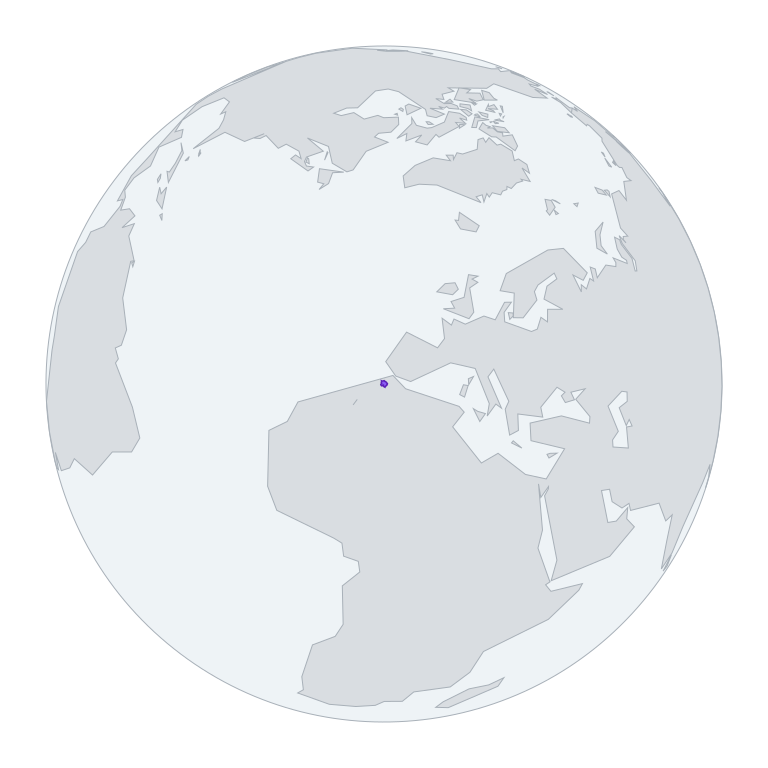 Rabat - Salé - Zemmour - Zaer on an orthographic globe, rotated 37°
{"feature_id": "MAR-1451", "entity_name": "Rabat - Salé - Zemmour - Zaer", "entity_type": "Region", "adm_level": 1, "iso_a3": "MAR", "parent_name": "Morocco", "parent_adm1": "", "projection": "orthographic", "projection_center": [-6.34, 33.685], "detail": "fine", "context": "on_globe", "style": "filled", "palette": "violet", "viewbox_px": 768, "rotation_deg": 37, "n_neighbors": 0, "source": "natural_earth", "source_scale": "10m", "svg_char_len": 10711}
<svg xmlns="http://www.w3.org/2000/svg" viewBox="0 0 768 768"><g transform="rotate(37 384 384)"><circle cx="384" cy="384" r="338" fill="#eef3f6" stroke="#a8b0b8"/><path d="M124.9,601.0L98.6,556.9L91.4,543.2L77.4,518.1L59.6,462.6L60.5,450.4L58.3,439.0L65.6,426.7L66.3,401.1L64.4,393.8L60.9,398.2L56.9,369.7L59.1,347.4L65.7,273.6L70.4,260.1L76.9,246.1L111.5,185.5L81.4,234.3L88.7,219.9L100.7,200.0L101.5,199.2L119.5,174.5L130.5,160.9L156.6,134.9L185.7,115.1L177.7,121.6L185.6,116.9L196.2,108.9L201.2,104.9L242.9,84.6L280.0,67.7L285.6,63.5L289.2,64.3L295.5,58.3L311.7,53.9L297.2,58.4L298.6,58.8L311.5,55.0L315.7,54.8L324.4,53.1L328.3,53.4L319.5,57.0L321.9,57.6L330.9,55.0L340.4,54.4L326.9,57.9L342.2,57.5L330.4,65.6L291.0,78.2L288.1,86.0L257.1,108.8L263.6,108.1L256.0,117.6L260.6,120.7L253.6,124.9L263.4,123.8L268.9,119.5L275.1,117.8L278.3,119.5L269.9,124.8L267.0,124.7L266.2,127.3L260.6,129.4L265.3,129.3L254.7,136.1L269.8,132.1L265.3,139.9L257.0,143.8L251.9,139.7L219.8,141.7L209.8,145.9L200.8,155.1L196.7,179.3L188.1,186.1L180.9,198.0L188.3,195.4L196.6,185.4L208.7,184.4L217.4,173.2L223.5,171.5L234.9,162.2L239.6,167.9L238.0,178.7L228.8,187.0L227.8,192.4L241.8,188.5L229.7,208.9L230.5,231.6L226.7,236.9L209.8,238.8L196.7,227.7L174.8,233.6L195.4,234.6L185.5,249.4L186.6,254.2L190.9,256.6L197.2,253.1L195.1,259.6L174.0,260.2L175.5,254.3L182.2,253.9L175.9,249.2L161.6,251.3L157.7,259.4L140.3,256.5L137.2,262.6L131.8,266.0L137.7,256.2L126.7,274.2L105.5,278.7L90.0,310.9L98.3,279.2L96.9,269.6L93.8,261.8L91.1,266.7L90.8,251.7L84.0,251.7L71.8,272.0L64.2,294.6L65.4,308.3L70.3,301.7L73.8,308.9L61.7,330.3L66.3,350.4L60.3,369.8L60.3,385.2L65.0,390.4L69.1,403.6L75.3,397.2L83.9,399.6L80.7,416.8L88.1,406.2L91.1,419.4L110.2,435.9L107.9,438.5L123.5,472.5L145.8,495.6L150.9,511.1L147.7,516.9L156.7,523.8L156.9,528.8L197.0,553.9L221.5,574.1L223.3,590.2L207.9,601.8L206.0,632.1L181.6,630.0L183.5,640.1L178.5,647.4L162.7,636.4L175.6,648.3L173.7,648.1L165.8,642.0L168.5,644.3L145.7,623.6L124.9,601.0ZM84.8,320.4L90.5,352.8L82.7,344.7L85.0,343.9L84.5,333.2L82.1,319.2L76.6,313.4L84.8,320.4ZM97.4,311.4L96.1,307.2L98.0,310.1L97.4,311.4ZM202.8,103.3L196.0,108.9L184.8,116.7L190.0,111.9L202.8,103.3ZM224.6,90.6L222.6,92.5L213.9,96.2L217.8,93.9L224.6,90.6ZM288.6,61.2L282.2,63.5L286.9,61.5L288.6,61.2ZM324.9,52.9L325.4,52.5L329.7,51.9L324.9,52.9ZM231.6,159.9L233.1,161.1L230.2,162.1L231.6,159.9ZM235.0,155.0L230.4,155.5L231.3,153.2L234.1,153.0L235.0,155.0ZM339.6,52.0L346.3,51.6L338.0,52.6L339.6,52.0ZM240.4,155.1L233.6,149.3L235.3,145.5L247.5,141.6L240.4,155.1ZM349.3,51.8L365.8,51.7L368.2,50.4L370.6,54.7L355.8,52.9L345.1,54.0L350.5,52.6L349.3,51.8ZM269.3,117.4L263.5,122.1L265.3,116.8L269.3,117.4ZM268.9,114.6L265.7,102.3L275.9,96.8L274.9,101.7L285.6,94.0L292.2,97.3L287.8,102.3L279.9,105.0L288.4,104.3L268.9,114.6ZM369.3,57.5L372.0,58.3L367.5,58.2L369.3,57.5ZM277.7,116.7L276.1,114.5L284.8,109.4L289.5,113.1L285.2,113.5L277.7,116.7ZM285.3,90.7L292.6,88.0L299.8,89.7L303.7,89.0L293.2,96.9L285.3,90.7ZM284.9,115.5L291.7,115.2L290.5,119.2L279.8,118.6L284.9,115.5ZM285.1,106.7L289.4,104.6L288.5,106.9L285.1,106.7ZM290.3,134.4L288.2,131.2L292.6,128.2L290.3,134.4ZM294.3,114.8L294.7,113.5L296.1,112.1L300.3,112.8L294.3,114.8ZM299.1,97.9L300.6,99.4L303.7,94.7L309.3,96.3L301.3,101.4L307.1,99.9L308.9,100.4L300.4,104.2L299.1,97.9ZM308.9,109.6L300.7,117.4L303.5,123.6L299.7,126.3L295.8,116.0L308.9,109.6ZM304.6,106.0L306.4,108.7L300.8,110.4L296.1,109.6L304.6,106.0ZM316.0,95.7L309.5,91.9L311.4,91.0L316.0,95.7ZM310.9,110.9L312.8,109.1L311.7,111.2L310.9,110.9ZM315.7,99.9L313.1,98.5L315.4,97.5L315.7,99.9ZM318.8,106.7L316.2,109.1L312.9,108.4L318.8,106.7ZM318.3,103.3L322.1,102.2L313.3,106.8L316.7,102.8L318.3,103.3ZM318.3,99.1L318.8,98.0L319.0,99.8L318.3,99.1ZM332.8,108.0L322.5,114.0L315.3,112.4L326.2,106.7L332.8,108.0ZM442.1,51.1L440.4,51.0L408.9,49.2L422.9,49.6L423.6,50.4L431.1,51.3L440.6,52.1L439.3,51.5L474.7,60.6L505.6,69.8L493.9,64.8L494.5,64.7L497.1,65.6L520.3,74.8L542.8,85.7L564.4,98.2L585.0,112.3L604.5,127.9L622.8,144.9L639.8,163.2L655.4,182.6L669.5,203.2L682.1,224.8L693.0,247.2L702.3,270.4L703.3,273.4L699.4,263.2L692.7,251.9L697.9,270.9L708.4,317.5L715.7,345.7L716.8,364.8L703.8,338.2L692.9,315.0L691.4,323.8L675.4,313.6L657.0,336.6L651.5,331.9L648.7,339.8L637.0,340.7L627.5,332.3L621.8,338.2L646.1,359.9L652.0,353.7L653.0,336.0L659.0,345.6L669.9,347.4L668.0,385.8L635.9,440.5L628.1,420.6L579.5,376.6L578.4,368.9L578.0,368.2L577.1,366.9L577.5,380.2L567.5,370.8L598.5,405.3L605.7,422.4L635.6,442.2L633.9,447.1L642.1,449.1L662.6,424.0L663.7,431.4L656.9,473.0L624.4,537.8L626.1,562.5L619.2,586.1L593.1,612.0L589.6,626.4L575.2,637.4L570.4,645.9L555.6,658.5L533.1,672.7L501.0,682.7L503.6,676.7L494.5,667.2L483.9,635.4L496.9,614.9L496.0,600.5L472.2,570.3L477.8,548.7L470.2,541.1L455.4,545.8L446.2,536.4L436.7,537.3L374.4,549.4L352.6,535.7L320.0,490.3L329.3,472.1L326.1,450.1L386.0,371.8L404.1,374.8L457.4,356.7L465.0,358.2L464.6,376.9L509.3,388.5L516.8,370.7L551.4,371.1L570.7,362.2L567.2,327.0L535.5,340.8L524.2,327.3L544.9,302.7L571.7,291.6L568.1,286.1L546.3,280.8L547.5,266.7L538.2,278.1L545.6,282.0L540.0,289.7L532.8,286.7L533.5,281.6L524.1,282.5L523.2,308.2L530.7,314.9L508.9,327.4L519.3,340.2L515.1,349.2L496.0,331.2L494.1,322.7L462.7,306.0L462.7,315.7L492.4,332.6L485.4,332.7L485.7,347.5L479.9,336.3L447.5,316.7L424.5,327.0L403.8,366.0L388.6,370.6L371.9,365.1L370.8,329.0L405.0,322.9L405.0,311.3L390.8,296.5L402.4,296.4L400.8,290.0L412.9,287.3L422.9,269.6L434.2,265.8L431.1,246.2L436.5,242.0L436.8,254.5L443.0,261.7L470.2,253.3L473.4,247.9L469.2,236.3L477.2,236.0L469.7,225.9L481.9,216.7L460.7,219.9L455.3,207.8L458.8,196.0L453.2,193.0L447.4,212.3L448.5,219.7L455.6,224.9L455.3,247.4L447.4,253.2L433.3,233.0L420.6,239.6L415.2,222.2L434.2,178.4L445.7,167.7L479.4,172.9L480.7,181.3L469.3,183.2L486.2,191.7L481.8,186.0L488.5,186.2L484.9,175.8L489.4,175.6L478.3,166.5L483.5,165.0L490.4,170.8L489.6,155.5L498.5,150.7L496.1,147.5L491.1,145.4L505.7,141.4L503.3,139.3L497.6,139.6L489.1,135.9L479.8,128.0L485.3,127.0L489.5,129.7L506.5,134.5L516.6,142.6L517.9,141.5L510.5,134.4L489.7,128.4L482.5,124.0L492.3,125.6L488.2,124.6L486.3,122.2L489.7,119.2L479.0,117.1L451.4,95.2L455.2,88.1L467.0,91.3L453.6,77.9L458.9,72.9L453.7,73.0L443.7,67.9L441.8,69.3L438.6,69.1L412.0,58.9L410.1,56.5L392.7,54.1L390.0,54.4L390.4,55.9L370.6,54.7L368.2,50.4L374.5,49.8L368.8,48.3L383.9,47.5L393.8,46.9L413.8,48.2L419.9,48.3L416.9,47.8L420.9,48.1L442.1,51.1ZM371.9,412.4L371.9,419.3L371.9,412.4ZM604.8,296.5L617.7,288.1L603.6,272.4L607.4,268.2L601.2,264.8L602.5,271.4L586.1,261.4L588.7,251.5L582.9,244.1L578.3,246.7L576.2,266.8L599.6,280.8L600.2,291.1L604.8,296.5ZM110.9,436.2L112.8,441.5L109.5,439.0L110.9,436.2ZM79.4,350.3L81.6,354.4L82.1,359.1L79.9,357.0L79.4,350.3ZM104.4,381.5L108.2,387.1L103.3,384.2L104.4,381.5ZM91.9,357.5L101.3,377.7L91.9,374.3L86.4,361.8L91.5,366.2L91.9,357.5ZM91.6,319.5L92.5,323.1L90.7,325.6L91.6,319.5ZM98.9,313.6L98.1,313.0L98.7,309.3L98.9,313.6ZM186.8,249.3L188.4,249.5L191.7,253.1L188.1,253.7L186.8,249.3ZM219.1,257.3L215.1,267.7L215.4,260.3L209.5,262.7L202.9,250.9L224.4,239.0L215.8,246.2L219.1,257.3ZM200.0,232.9L201.8,241.0L198.9,232.7L200.0,232.9ZM379.8,260.4L386.3,263.6L385.1,271.4L370.7,278.6L372.4,267.1L379.8,260.4ZM395.8,266.6L385.7,245.8L394.2,241.3L391.2,247.2L397.8,246.3L394.6,255.7L412.5,272.6L412.6,280.7L386.1,288.2L394.8,280.9L387.9,277.8L395.8,266.6ZM345.1,208.5L340.9,201.5L364.8,200.3L366.0,207.1L351.8,214.1L342.1,210.3L345.1,208.5ZM263.1,150.2L259.9,149.2L262.3,147.4L266.9,147.0L263.1,150.2ZM289.0,133.1L279.4,153.8L275.3,153.4L274.6,167.1L263.4,171.6L264.3,162.4L255.2,176.7L251.5,170.2L246.5,180.2L249.5,159.2L245.8,154.6L254.2,157.9L264.5,153.7L267.8,150.5L274.6,138.5L271.7,127.5L281.5,122.3L289.2,121.7L291.3,123.5L284.3,126.1L292.3,126.8L283.8,132.0L289.0,133.1ZM373.3,128.1L364.2,128.4L378.8,134.3L370.3,138.0L372.6,138.5L368.8,143.8L368.0,151.3L363.3,152.2L365.1,154.8L362.6,158.7L363.4,162.7L355.3,166.1L355.6,171.4L351.5,170.0L354.3,178.5L348.6,173.8L344.9,179.0L352.3,180.8L306.6,193.2L291.8,203.3L282.5,214.8L274.1,206.3L277.3,190.7L287.2,173.8L302.7,165.7L296.0,163.8L301.5,159.6L304.4,162.9L303.1,155.4L308.4,153.0L317.2,140.5L312.0,132.2L315.1,127.8L319.8,129.8L319.6,124.1L330.5,125.2L332.9,122.2L346.1,120.8L353.7,127.2L355.9,123.4L366.0,122.7L373.3,128.1ZM336.5,107.8L347.5,113.6L348.3,118.8L325.0,119.2L321.2,121.8L306.3,123.1L305.5,115.8L309.8,116.0L313.9,114.6L312.5,117.4L316.6,114.1L322.7,114.4L327.6,112.1L329.8,114.5L336.5,107.8ZM470.2,349.9L475.4,349.4L482.8,346.6L483.1,356.3L470.2,349.9ZM447.9,336.8L452.1,334.6L456.2,346.0L450.8,346.9L447.9,336.8ZM451.0,324.1L452.1,333.6L448.2,329.0L451.0,324.1ZM440.3,252.2L444.4,249.6L446.2,252.0L445.6,256.7L440.3,252.2ZM414.7,149.5L409.4,148.1L409.7,146.4L401.5,139.6L407.1,136.8L414.3,139.8L414.7,149.5ZM563.8,335.1L560.3,343.8L556.5,342.1L558.4,339.4L563.8,335.1ZM521.4,351.6L532.7,352.2L521.3,354.3L521.4,351.6ZM419.4,145.2L415.4,142.7L420.7,142.9L419.4,145.2ZM410.8,134.4L416.4,134.0L406.8,135.7L410.8,134.4ZM656.9,556.8L630.1,603.8L619.9,611.1L622.5,602.2L635.4,576.3L648.7,561.3L656.5,546.4L656.9,556.8ZM716.3,347.3L719.6,358.8L719.5,365.5L716.3,347.3ZM461.5,122.8L466.7,134.9L474.2,142.9L484.2,145.8L472.3,147.4L460.8,135.0L461.5,122.8ZM452.0,98.4L443.3,96.7L445.4,94.7L447.8,94.8L452.0,98.4ZM447.9,99.3L440.2,102.7L434.2,100.0L441.5,97.8L447.9,99.3ZM430.2,122.6L431.4,126.2L427.1,125.8L430.2,122.6ZM494.4,64.6L490.9,63.5L485.4,61.9L487.8,62.4L494.4,64.6ZM374.3,57.5L372.2,58.3L371.7,57.2L374.3,57.5ZM437.8,70.0L433.2,69.5L432.9,67.9L437.8,70.0ZM420.4,67.6L424.0,69.7L417.9,67.9L420.4,67.6ZM432.4,74.5L424.3,70.7L435.4,73.8L432.4,74.5Z" fill="#d9dde1" stroke="#a8b0b8" stroke-width="1"/><path d="M380.2,383.1L380.3,383.1L380.4,382.9L380.6,382.9L381.1,382.5L381.6,381.9L382.1,381.2L382.3,381.2L382.6,381.3L382.8,381.4L383.1,381.4L383.3,381.3L383.5,381.2L383.9,381.1L384.1,381.2L384.3,381.2L384.7,381.2L385.0,381.3L385.3,381.5L385.6,381.5L385.8,381.5L386.1,381.5L386.4,381.5L386.5,381.6L386.6,381.8L386.6,382.0L386.8,382.2L386.8,382.4L386.7,382.8L386.8,382.9L386.8,383.0L387.0,383.2L387.0,383.4L386.9,383.8L386.8,384.0L386.7,384.4L386.7,384.5L386.7,384.9L386.6,385.1L386.6,385.4L386.6,385.5L386.6,385.8L386.7,386.0L385.9,386.1L385.7,386.2L385.3,386.1L385.2,386.0L384.9,386.0L384.7,385.9L384.6,385.7L384.5,385.4L384.2,385.3L384.1,385.2L383.9,385.3L383.9,385.5L383.7,385.8L383.7,386.1L383.7,386.5L383.2,386.9L382.9,386.9L382.7,386.8L382.1,386.6L381.8,386.5L381.7,386.4L381.6,386.1L381.7,385.6L381.7,385.4L381.7,385.1L381.8,385.0L381.8,384.9L381.6,384.7L381.0,384.5L380.9,384.4L380.7,384.0L380.7,383.8L380.6,383.6L380.5,383.4L380.4,383.3L380.2,383.1L380.2,383.1Z" fill="#8b5cf6" stroke="#5b21b6" stroke-width="1.5"/></g></svg>